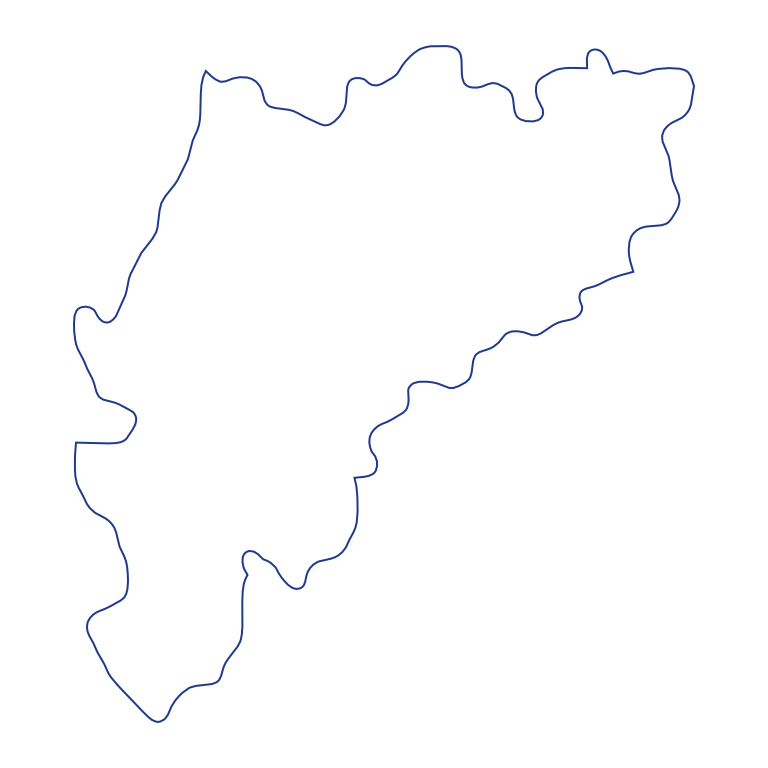 outline of La Mata, Sánchez Ramírez, Dominican Republic
{"feature_id": "3306468B26306333639139", "entity_name": "La Mata", "entity_type": "district", "adm_level": 2, "iso_a3": "DOM", "parent_name": "Dominican Republic", "parent_adm1": "Sánchez Ramírez", "projection": "orthographic", "projection_center": [-70.199, 19.067], "detail": "fine", "context": "isolated", "style": "outline", "palette": "blue", "viewbox_px": 768, "rotation_deg": 0, "n_neighbors": 0, "source": "geoboundaries", "source_scale": "gbopen_adm2", "svg_char_len": 5244}
<svg xmlns="http://www.w3.org/2000/svg" viewBox="0 0 768 768"><path d="M205.8,71.0L203.1,77.3L201.4,85.4L200.8,93.9L200.3,114.0L199.9,119.6L199.0,125.1L197.3,130.4L192.8,140.3L187.9,159.2L177.6,180.1L174.8,184.4L165.2,196.4L161.4,203.0L159.6,210.2L157.5,227.5L156.2,232.2L152.3,238.9L141.3,253.0L130.6,274.0L129.0,278.5L126.6,290.6L125.3,295.4L116.0,316.1L113.4,319.3L110.2,321.7L108.2,322.4L106.2,322.5L104.2,322.1L102.4,321.3L99.6,318.9L97.5,316.0L94.9,311.1L93.7,309.7L90.2,307.6L86.2,306.7L81.9,307.1L79.8,307.9L77.8,309.2L76.3,311.2L74.6,315.7L74.0,323.2L74.2,331.2L75.1,339.4L76.2,344.7L78.0,349.5L83.4,359.7L87.2,368.7L92.4,378.9L94.0,383.1L96.4,391.8L98.2,395.6L99.6,397.3L103.2,399.6L113.9,402.4L118.2,403.9L129.5,409.9L133.0,412.1L134.4,413.8L135.5,415.8L136.1,417.9L136.2,420.2L135.3,424.5L132.4,429.9L126.6,438.5L124.9,440.1L122.8,441.3L120.6,442.2L115.7,443.1L107.9,443.4L76.0,442.6L75.0,455.8L74.9,468.8L75.4,476.5L77.0,483.9L78.9,488.2L83.2,496.2L86.2,502.6L87.4,504.7L90.1,508.4L95.2,512.9L105.3,518.3L108.9,520.9L112.0,524.2L114.5,528.0L116.2,532.6L119.6,546.7L124.5,557.0L126.1,561.6L127.1,566.6L127.8,574.2L128.0,581.8L127.4,589.2L126.3,593.7L124.2,597.6L120.8,600.4L109.5,606.7L105.5,608.6L96.9,612.1L93.2,614.6L90.1,617.8L87.8,621.8L86.9,626.5L87.5,631.3L89.1,635.4L93.4,643.2L97.3,652.0L104.2,664.0L108.2,672.8L111.0,677.3L117.9,685.5L142.6,711.4L148.1,716.8L151.8,719.8L156.0,721.7L158.3,721.9L160.4,721.5L164.0,719.6L165.5,718.2L167.9,714.8L171.4,706.6L175.4,700.3L178.7,696.4L182.5,692.7L188.8,688.2L191.1,687.2L195.9,685.9L212.1,684.0L216.1,682.5L217.9,681.3L219.3,679.7L221.1,675.9L223.5,667.4L225.4,663.1L228.1,658.9L237.5,646.7L239.9,642.2L240.8,639.7L241.8,634.6L242.4,626.6L242.3,602.1L242.7,591.3L243.9,583.5L245.5,579.0L247.5,574.9L244.3,569.3L243.4,566.8L242.5,561.9L242.8,557.0L243.7,554.8L245.4,552.7L247.4,551.5L249.6,551.0L253.8,551.6L257.9,554.1L263.2,559.3L267.2,560.8L270.8,562.9L275.7,567.5L278.7,573.2L281.3,577.2L284.6,581.3L288.1,584.9L292.0,587.6L294.2,588.5L296.4,588.9L298.6,588.7L300.6,588.1L302.5,586.9L303.8,585.3L305.2,581.7L306.4,575.8L307.8,571.7L310.1,568.0L313.1,564.8L316.8,562.4L319.0,561.4L330.5,558.8L335.0,557.3L338.9,555.0L342.4,552.0L345.2,548.4L346.4,546.4L349.3,540.0L353.6,532.0L355.4,527.7L356.7,522.5L357.6,511.7L357.4,497.8L356.5,486.8L354.5,477.8L364.3,476.8L368.6,475.9L372.6,474.2L374.3,472.8L375.8,470.7L377.1,465.9L376.9,461.0L375.2,456.4L371.5,451.3L370.0,446.8L369.3,442.2L369.7,437.5L371.4,433.1L374.1,429.5L377.4,426.5L381.4,424.2L387.9,421.6L391.8,419.5L402.9,412.9L405.9,410.1L407.0,408.2L408.2,404.2L408.6,400.0L408.2,390.5L408.5,388.7L409.3,387.0L412.1,384.1L414.2,383.0L419.0,381.8L426.8,381.7L432.1,382.3L437.3,383.4L449.2,387.9L453.3,388.0L459.0,386.0L466.0,382.1L469.1,379.2L470.3,377.1L471.6,372.6L473.2,360.8L474.8,356.4L476.1,354.5L479.4,352.1L489.6,348.7L493.5,346.7L498.5,342.7L504.9,334.9L506.5,333.6L510.4,331.8L512.5,331.4L517.0,331.2L523.5,332.2L532.7,335.3L536.8,335.1L540.9,333.4L552.9,325.3L557.3,323.0L561.8,321.5L571.0,319.5L575.2,317.9L577.0,316.7L580.0,313.9L581.8,310.5L582.2,306.9L580.0,300.8L579.4,297.3L580.0,293.7L580.9,291.9L582.3,290.5L585.8,288.7L594.1,286.4L598.3,284.8L606.5,280.6L611.9,278.2L619.8,275.5L633.3,271.8L630.1,260.9L629.1,255.4L628.7,250.1L629.4,242.3L630.9,237.4L632.1,235.3L633.5,233.4L636.8,230.3L640.8,228.0L645.9,226.6L661.0,225.3L665.7,224.0L667.8,222.8L669.4,221.3L672.0,218.0L676.4,210.8L678.3,206.8L679.3,202.3L679.5,199.9L678.8,195.2L672.9,180.7L671.8,175.9L669.6,160.8L668.6,156.0L662.6,141.7L662.1,137.1L662.4,134.7L664.0,130.4L665.2,128.6L668.2,125.4L671.7,122.9L681.7,117.9L685.1,115.1L688.0,111.5L689.2,109.5L690.9,104.9L694.0,86.0L690.7,76.1L688.3,72.5L686.4,71.0L684.2,69.9L679.5,68.7L669.1,68.1L658.4,68.9L653.3,69.8L643.8,73.0L639.3,73.8L634.8,73.2L628.0,71.3L623.6,71.0L619.1,71.5L613.2,73.6L610.3,67.4L607.9,60.8L605.6,56.4L602.4,52.5L600.4,51.0L598.1,49.9L595.9,49.5L593.6,49.6L591.4,50.3L589.5,51.6L588.0,53.7L586.9,58.2L587.1,68.2L570.0,67.9L564.5,68.2L559.0,69.1L556.4,69.8L551.4,72.0L542.9,77.0L539.5,79.6L538.1,81.3L536.9,83.6L536.2,86.1L535.9,91.2L536.7,96.3L537.5,98.7L542.7,109.2L543.1,113.3L542.6,115.4L541.5,117.4L539.7,119.2L537.6,120.3L533.0,121.4L525.9,121.1L521.2,119.7L519.1,118.5L517.2,116.9L515.9,114.8L514.4,110.3L513.0,98.6L511.7,94.1L509.1,90.4L505.7,87.9L497.5,83.8L492.9,83.0L488.4,84.0L481.9,86.6L477.1,87.6L472.1,87.5L469.7,87.0L467.4,86.1L465.4,84.5L463.8,82.5L462.3,77.8L461.8,72.8L461.5,59.7L460.6,54.7L459.6,52.4L458.1,50.3L456.2,48.7L451.7,46.8L446.7,46.1L430.4,46.3L425.7,47.2L421.0,48.7L418.7,49.8L414.5,52.7L410.6,56.0L405.3,61.6L402.3,65.6L397.6,73.2L396.2,74.8L392.8,77.5L381.9,83.8L378.0,85.2L375.8,85.4L371.9,84.9L368.8,83.2L365.2,80.0L363.6,79.1L359.8,78.1L355.8,78.1L353.8,78.5L351.8,79.3L350.0,80.6L348.7,82.3L347.2,86.4L345.9,102.8L344.7,107.6L343.7,110.0L339.5,116.4L334.3,121.6L330.3,124.2L328.1,125.0L325.8,125.3L323.6,125.2L319.8,123.9L305.7,117.4L297.6,113.0L293.5,111.1L288.8,109.8L274.6,107.9L270.4,106.7L268.5,105.7L266.9,104.3L264.6,100.8L261.9,90.5L260.0,86.4L257.2,82.9L255.6,81.3L251.7,78.9L247.0,77.5L239.8,77.2L233.0,78.5L225.6,81.3L221.7,81.8L219.5,81.4L215.3,79.3L211.4,76.3L205.8,71.0Z" fill="none" stroke="#1e3a8a" stroke-width="2"/></svg>